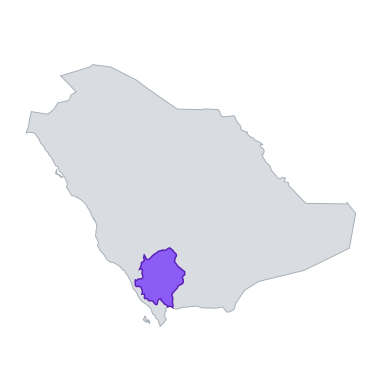 location of `Asir within Saudi Arabia, rotated 357°
{"feature_id": "SAU-886", "entity_name": "`Asir", "entity_type": "Region", "adm_level": 1, "iso_a3": "SAU", "parent_name": "Saudi Arabia", "parent_adm1": "", "projection": "albers", "projection_center": [42.804, 19.207], "detail": "fine", "context": "in_parent", "style": "filled", "palette": "violet", "viewbox_px": 384, "rotation_deg": 357, "n_neighbors": 0, "source": "natural_earth", "source_scale": "10m", "svg_char_len": 6634}
<svg xmlns="http://www.w3.org/2000/svg" viewBox="0 0 384 384"><g transform="rotate(357 192 192)"><path d="M299.6,276.2L255.4,284.5L253.0,285.3L239.3,292.9L230.2,305.1L228.1,310.9L227.0,311.8L225.1,312.9L223.3,313.8L220.6,313.7L217.3,309.4L216.5,308.6L215.8,308.5L209.8,309.3L197.3,308.3L195.2,308.0L192.4,306.6L191.7,306.3L191.0,306.3L184.5,306.3L181.3,306.8L178.2,306.6L175.0,306.9L173.9,307.5L172.6,307.5L171.8,308.0L171.2,308.2L170.3,307.8L169.3,307.9L167.9,307.5L166.9,306.6L166.0,305.8L165.0,305.3L164.0,305.0L163.1,305.0L161.9,305.5L161.2,306.0L159.4,307.7L159.4,308.3L160.2,309.2L159.9,309.7L158.9,310.3L158.6,311.8L158.4,312.7L158.3,314.7L158.7,316.3L159.4,316.9L159.4,317.6L159.0,319.0L158.1,319.4L157.4,320.7L156.9,321.3L156.2,322.0L153.1,324.4L153.0,323.0L152.0,321.0L151.9,319.6L151.5,318.2L150.7,317.1L149.1,316.0L149.0,314.4L147.9,312.9L146.4,311.7L145.6,309.4L145.0,306.4L141.1,302.4L136.3,298.7L134.8,296.7L132.4,292.5L131.2,289.1L128.0,285.3L127.9,283.8L127.4,282.0L126.7,280.0L126.3,278.5L123.1,271.5L122.1,270.4L121.2,268.9L121.0,267.7L120.7,267.0L118.4,265.9L116.4,262.9L110.1,258.3L106.9,257.7L104.5,256.1L102.7,253.9L100.9,250.1L97.5,246.1L94.8,240.3L95.7,238.3L95.7,236.8L94.9,234.4L94.0,232.5L93.3,230.7L93.9,228.1L94.2,225.2L94.8,223.7L95.2,222.1L94.8,218.7L93.9,216.9L94.0,215.7L92.9,215.1L92.1,213.7L93.0,213.8L91.4,211.9L90.8,210.9L90.2,208.4L89.5,206.5L87.0,202.2L85.9,199.6L83.3,196.2L80.4,193.6L78.5,192.5L77.7,191.4L76.2,191.3L74.5,189.8L73.4,189.7L71.9,189.5L70.3,186.6L68.9,183.9L66.6,180.4L67.2,179.5L68.0,178.1L67.7,176.2L67.4,174.9L66.4,172.5L63.1,166.5L62.2,165.6L60.7,164.6L59.9,162.0L59.5,159.7L57.2,158.5L53.4,150.1L51.1,147.2L50.3,145.2L47.6,142.0L46.4,138.8L43.8,135.7L41.6,130.6L38.2,125.4L36.7,124.5L32.9,124.0L31.3,123.5L29.8,124.6L29.7,123.2L30.8,121.3L32.5,117.3L32.9,113.8L35.7,103.3L51.5,106.7L52.3,106.6L58.6,101.9L62.2,96.5L63.0,95.9L73.7,94.1L74.0,93.9L76.3,88.9L76.5,88.7L76.8,88.4L81.5,86.0L74.3,77.4L66.9,69.2L96.7,61.7L97.2,61.5L99.4,59.6L112.3,62.0L117.4,63.0L119.0,63.8L142.4,77.4L154.0,87.1L181.5,108.4L181.9,108.5L206.5,110.3L209.1,109.7L215.9,110.4L222.6,111.1L224.0,113.6L224.6,115.4L225.1,117.1L226.4,118.6L232.1,118.4L238.0,118.1L238.9,119.6L239.3,121.2L241.0,124.9L243.3,127.7L243.9,128.7L244.3,130.3L244.0,130.9L243.8,131.6L245.5,133.1L248.3,134.4L249.4,134.7L250.6,135.2L249.7,136.2L251.4,138.2L253.4,140.3L255.4,140.7L258.2,143.9L262.4,145.9L265.0,148.5L264.8,148.6L264.0,148.3L263.1,148.0L262.9,148.4L262.9,149.5L263.2,150.9L264.6,152.0L265.7,152.8L266.2,154.4L265.5,157.9L265.2,157.9L264.6,157.7L263.9,157.6L263.6,157.8L264.5,160.3L265.3,162.2L266.3,163.7L267.1,165.9L267.8,166.8L270.6,169.1L271.5,171.0L272.4,174.7L274.2,176.7L275.1,178.2L276.4,179.5L277.3,181.3L278.5,182.7L279.1,183.0L280.0,183.1L281.0,183.1L282.3,182.6L283.7,182.2L284.8,182.9L285.9,182.7L286.1,183.4L285.4,184.3L284.6,186.7L285.9,187.0L287.2,187.1L288.1,187.4L288.6,187.4L288.6,187.9L288.8,190.0L289.1,190.8L305.1,209.3L345.1,212.0L345.4,212.0L346.3,210.6L354.3,221.9L346.2,256.4L299.6,276.2ZM140.0,318.5L141.2,318.6L140.7,318.1L140.6,317.8L141.2,317.0L142.9,318.7L142.9,320.5L142.7,321.0L142.2,320.6L141.9,320.2L141.8,319.7L141.3,319.3L139.6,319.6L138.5,319.0L137.0,317.4L136.6,316.3L137.2,316.1L137.9,315.5L138.3,314.6L138.0,313.7L138.9,313.8L139.4,314.8L139.4,317.0L139.6,317.5L139.3,318.0L140.0,318.5ZM62.6,170.8L62.2,170.8L61.2,169.6L60.6,168.8L60.0,168.2L57.1,166.9L56.7,166.2L57.2,165.5L57.4,166.2L58.0,166.7L60.4,167.8L63.0,170.1L63.5,170.3L62.6,170.8ZM58.1,165.1L58.0,165.3L57.3,164.7L57.4,163.4L58.0,162.7L57.9,163.7L58.1,164.7L58.1,165.1Z" fill="#d9dde1" stroke="#a8b0b8" stroke-width="1"/><path d="M166.7,306.3L166.3,306.0L165.7,305.6L164.5,305.1L164.2,305.0L163.7,305.0L163.4,304.9L163.0,305.0L162.7,305.1L161.9,305.6L160.5,303.6L160.3,303.2L159.9,302.9L158.7,302.5L158.4,302.3L158.1,302.0L157.6,300.9L157.4,300.5L157.0,300.1L155.8,299.1L155.5,298.7L155.4,298.3L155.4,297.6L155.4,297.2L155.1,297.0L154.5,296.9L154.4,296.9L153.6,297.3L153.0,297.8L152.7,298.1L152.5,298.4L152.1,299.1L151.4,301.9L151.2,302.2L151.0,302.5L150.7,302.6L150.4,302.6L150.0,302.5L149.6,302.2L148.1,300.6L147.9,300.2L147.7,299.8L147.5,299.5L147.3,299.1L147.0,298.8L146.6,298.6L146.2,298.5L143.7,298.4L143.3,298.3L143.0,298.1L142.6,297.7L142.5,297.4L142.3,296.8L142.1,296.6L141.9,296.3L141.5,296.1L141.1,296.0L140.8,295.9L139.7,296.1L139.4,296.0L139.1,295.7L139.0,295.3L138.9,294.9L139.0,294.5L139.3,292.5L139.3,292.1L139.2,291.8L139.1,291.6L138.4,291.4L136.6,291.5L137.2,289.4L137.3,288.9L137.3,288.5L137.2,288.0L136.1,284.6L135.9,284.3L135.6,284.0L135.3,283.8L135.0,283.7L134.3,283.6L133.6,283.5L131.9,283.5L131.6,283.4L131.3,283.3L131.0,283.0L130.8,282.6L130.7,282.3L130.6,281.9L130.5,281.2L130.7,277.3L130.7,277.0L130.8,276.8L131.1,277.0L131.4,277.2L131.7,277.3L132.0,277.3L132.3,277.2L133.1,276.6L133.8,276.2L134.2,276.1L134.5,276.0L134.9,276.0L136.6,276.2L136.9,276.2L137.1,276.1L137.4,276.0L137.7,275.8L137.9,275.5L138.1,275.2L138.6,273.5L138.6,273.0L138.5,272.6L137.9,271.5L137.8,271.2L137.7,270.7L137.8,270.3L138.3,268.1L138.3,267.8L138.3,267.4L138.2,267.1L138.0,266.7L137.8,266.4L137.6,266.3L137.3,266.2L137.0,266.1L136.4,266.2L135.6,266.5L137.3,263.0L137.5,262.1L137.6,260.9L137.7,260.5L138.0,260.0L138.3,259.7L140.2,258.4L140.5,258.1L140.9,257.6L141.0,257.1L141.0,256.8L140.8,256.4L140.4,256.0L140.3,255.5L140.2,255.1L141.0,252.5L141.3,253.0L142.9,256.3L143.2,256.7L143.5,256.9L143.8,257.1L144.1,257.2L144.6,257.2L145.1,257.0L146.0,256.6L146.5,256.2L150.5,252.5L153.7,250.8L154.1,250.5L154.7,249.9L155.1,249.6L155.5,249.4L156.1,249.3L157.1,249.3L157.3,249.2L157.6,249.1L158.6,248.7L159.1,248.5L159.8,248.5L160.2,248.5L160.7,248.6L161.7,248.9L162.1,248.9L162.7,248.7L165.2,247.2L166.8,246.6L169.1,248.6L170.0,249.6L170.5,250.4L171.5,251.7L172.8,253.1L173.0,253.5L173.1,253.9L173.1,254.2L173.1,254.5L173.0,255.0L172.9,255.3L172.0,256.7L171.6,257.4L171.0,260.3L171.0,260.7L171.2,261.2L171.4,261.6L172.3,262.7L173.9,265.3L180.2,271.0L180.5,271.2L180.5,273.3L180.4,273.9L180.3,274.2L180.2,274.4L179.9,274.7L178.9,275.2L178.5,275.5L178.1,276.2L178.0,276.6L178.0,277.0L178.6,279.2L178.7,279.9L178.7,280.5L178.6,281.1L178.5,281.6L178.4,282.0L178.2,282.3L177.9,282.7L177.6,283.0L176.9,283.4L176.2,283.8L175.5,284.1L174.4,284.3L174.0,284.5L173.7,284.7L173.3,285.1L173.1,285.5L172.7,286.4L172.5,286.8L172.3,287.1L171.8,287.6L170.1,289.2L167.5,291.9L167.1,292.5L166.7,293.1L166.6,293.6L166.6,294.0L166.8,294.7L167.0,295.5L167.2,296.2L167.2,296.9L166.8,300.6L166.7,301.3L166.7,301.8L166.7,302.2L167.0,303.2L167.1,304.1L166.7,305.8L166.7,306.3Z" fill="#8b5cf6" stroke="#5b21b6" stroke-width="1.5"/></g></svg>